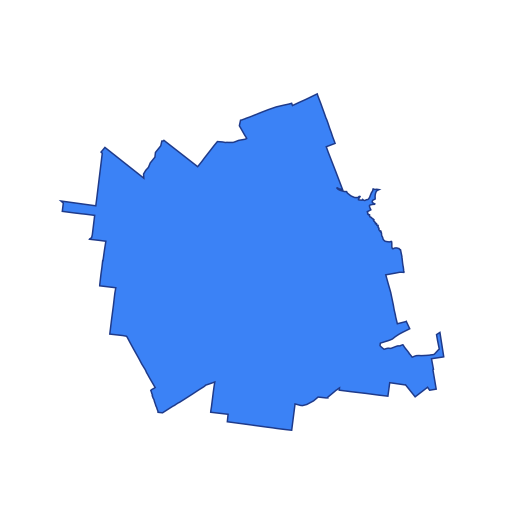 Stanesti, Giurgiu, Romania, rotated 9°
{"feature_id": "2599482B52121049044399", "entity_name": "Stanesti", "entity_type": "district", "adm_level": 2, "iso_a3": "ROU", "parent_name": "Romania", "parent_adm1": "Giurgiu", "projection": "orthographic", "projection_center": [25.879, 43.949], "detail": "fine", "context": "isolated", "style": "filled", "palette": "blue", "viewbox_px": 512, "rotation_deg": 9, "n_neighbors": 0, "source": "geoboundaries", "source_scale": "gbopen_adm2", "svg_char_len": 5985}
<svg xmlns="http://www.w3.org/2000/svg" viewBox="0 0 512 512"><g transform="rotate(9 256 256)"><path d="M318.5,422.5L317.7,396.0L323.5,396.6L325.3,396.5L329.4,394.7L335.5,390.1L339.4,385.6L347.6,385.2L349.1,384.9L349.0,384.7L349.0,384.4L349.0,384.2L354.8,377.6L356.1,376.0L356.6,375.7L358.2,374.0L359.1,373.2L359.2,375.5L368.8,375.2L369.8,375.2L386.3,374.5L399.1,374.2L408.2,373.8L407.9,360.2L423.3,360.0L423.5,360.0L423.8,359.8L435.2,370.2L446.0,358.8L448.5,361.4L454.8,359.3L448.6,340.9L448.6,340.3L449.0,340.1L448.4,338.5L445.4,330.0L456.8,326.4L457.2,326.2L456.3,323.4L449.6,302.7L446.6,305.4L448.5,311.0L451.6,319.3L451.3,319.6L450.7,320.3L447.6,325.0L447.1,325.4L445.8,325.9L444.2,326.3L442.9,326.8L439.5,327.6L434.7,328.6L432.5,328.8L430.1,329.3L428.8,329.9L426.1,331.5L423.3,328.9L422.6,328.5L422.5,328.1L422.2,327.8L421.1,326.7L417.6,323.5L416.4,322.3L415.5,321.2L415.0,320.7L414.9,320.7L413.0,321.7L412.4,322.2L410.5,322.5L409.6,322.8L408.5,323.4L407.6,323.9L404.0,326.0L402.9,326.3L401.7,326.3L400.9,326.4L399.5,326.9L397.3,328.0L397.1,328.1L396.6,327.8L395.8,327.4L393.7,326.1L392.8,325.4L392.4,324.8L392.4,324.6L392.5,323.8L392.4,323.0L392.5,322.6L401.4,318.1L403.6,316.7L404.1,316.2L405.9,314.2L407.7,312.5L409.6,310.8L410.9,309.8L413.3,308.0L419.2,303.8L414.6,297.0L414.3,297.3L413.9,297.5L406.2,300.8L403.4,294.1L402.9,292.5L400.9,287.6L399.3,282.9L394.7,270.8L392.8,266.7L390.7,262.2L387.1,254.3L396.6,251.0L400.4,249.6L402.9,249.2L404.4,249.1L404.4,248.9L404.7,248.6L404.5,248.4L404.0,247.3L404.0,246.7L403.2,243.9L402.8,242.9L402.0,240.4L400.6,235.3L400.3,234.6L400.2,233.7L398.9,230.3L397.9,227.6L397.8,227.3L397.6,227.1L397.1,227.2L396.8,227.1L396.2,226.3L396.0,226.2L394.8,226.2L394.0,226.0L393.1,226.1L391.8,226.4L391.1,226.8L390.7,227.2L390.1,227.4L389.7,227.4L389.5,227.2L389.2,226.8L388.7,225.7L388.3,223.1L388.1,222.1L387.8,220.9L387.6,220.5L387.2,220.4L387.0,220.6L386.2,221.0L385.6,221.2L384.2,221.3L382.3,221.3L381.2,221.2L380.9,221.1L379.3,220.0L378.8,219.3L378.1,217.7L377.4,216.8L377.1,216.4L376.7,215.3L376.4,213.9L375.8,212.7L375.5,212.0L375.2,211.7L374.9,211.8L374.9,212.3L373.2,210.7L373.1,210.4L373.2,209.9L373.1,209.4L373.0,209.2L372.4,208.9L372.1,208.5L371.9,207.0L371.8,206.7L371.6,206.6L371.1,206.9L370.9,206.9L370.6,206.7L370.4,206.4L370.3,206.1L370.2,205.7L370.0,205.2L369.8,205.1L369.6,205.2L369.3,205.5L369.1,205.5L369.1,205.3L369.0,204.8L368.6,204.7L368.4,204.5L368.4,204.4L368.4,204.1L367.2,203.2L366.9,203.1L366.8,202.6L366.4,202.2L366.5,202.1L366.8,201.8L366.1,201.2L365.1,200.8L364.7,200.5L364.2,200.3L364.0,200.0L363.6,199.9L363.4,199.7L362.4,199.5L362.2,199.3L362.1,198.9L361.8,198.5L361.8,198.3L361.8,197.7L361.7,197.5L361.4,197.5L361.0,197.7L360.6,197.7L360.3,197.5L360.2,197.0L359.7,196.9L359.6,196.0L359.5,195.8L359.3,195.6L359.3,195.2L359.1,195.0L359.0,194.8L361.2,193.2L362.2,192.4L360.9,190.5L360.5,189.7L360.2,188.8L360.2,188.6L360.2,188.3L360.6,187.9L361.6,187.4L363.2,186.8L365.0,186.4L365.2,186.0L364.9,185.9L363.8,185.5L362.7,185.0L362.3,184.5L362.2,184.1L362.4,183.3L362.8,182.5L363.4,182.0L364.6,181.3L364.7,181.2L364.7,180.4L364.3,178.6L364.2,177.3L364.2,176.1L364.3,175.2L364.4,174.5L364.6,173.8L364.9,173.1L365.2,172.6L365.8,172.1L367.1,171.2L364.7,171.2L363.9,171.5L362.2,171.7L361.4,171.4L361.1,171.5L361.1,172.8L361.0,173.4L360.1,175.5L359.5,178.0L359.1,180.1L358.2,182.2L357.6,182.7L356.1,183.2L355.4,183.8L354.9,184.1L354.5,184.2L353.7,184.1L353.4,184.0L352.6,183.5L352.4,183.4L352.3,183.6L352.2,184.2L352.0,184.3L349.4,184.5L348.4,184.4L348.3,184.0L348.4,183.6L349.4,181.2L349.5,181.0L349.4,180.9L349.0,180.9L348.6,181.0L347.9,181.9L347.5,182.2L347.1,182.4L345.2,182.7L344.2,182.8L340.7,181.9L340.1,181.6L339.1,181.1L338.7,180.9L338.3,180.6L337.3,180.1L336.4,179.5L336.0,179.1L335.4,178.2L335.1,178.3L332.9,178.5L329.0,178.0L328.1,177.8L327.3,177.5L326.3,177.1L325.4,176.4L325.3,176.2L325.7,175.9L326.8,176.4L327.7,176.7L328.2,176.7L331.1,176.8L321.6,160.2L315.4,149.6L310.8,141.7L308.3,137.1L316.5,132.4L315.4,130.4L313.0,126.2L310.9,122.1L308.8,118.4L306.4,113.7L304.6,110.4L303.4,108.6L301.7,105.4L296.1,95.2L292.0,88.1L291.1,86.3L280.5,93.7L274.5,97.6L268.5,101.7L267.3,99.6L264.7,100.8L259.5,102.8L252.6,105.6L248.3,107.9L245.5,109.4L239.1,113.1L227.9,119.8L224.5,121.6L224.0,122.0L220.2,124.1L219.5,124.3L219.2,129.9L219.3,130.1L225.7,138.1L228.4,141.2L228.3,141.4L227.6,142.0L226.9,142.4L220.8,144.5L216.7,146.9L215.6,147.4L211.3,148.1L209.4,148.3L208.1,148.7L205.1,148.6L200.0,149.0L197.5,153.2L194.2,159.2L189.6,167.5L187.7,171.2L184.4,176.9L147.0,156.2L146.8,156.6L146.3,156.9L145.0,157.2L144.7,162.1L140.5,169.4L140.7,174.2L137.0,180.6L135.9,185.3L133.7,188.6L132.1,192.6L133.0,196.7L89.8,172.4L86.7,177.6L88.1,178.6L89.7,223.9L89.9,231.5L54.8,232.2L57.4,233.9L57.7,242.2L69.5,241.9L74.2,241.7L77.1,241.6L80.4,241.4L90.3,241.1L90.7,251.9L91.0,260.6L90.9,261.9L90.8,263.1L90.7,263.5L89.9,264.5L89.0,265.2L88.9,265.5L98.3,265.1L105.4,264.9L105.4,274.1L105.6,284.5L105.3,284.5L105.3,284.8L105.6,291.6L105.7,297.8L106.1,307.1L106.2,309.2L106.3,309.9L119.3,309.4L122.5,309.3L122.4,314.9L122.9,327.1L123.3,342.1L123.8,356.0L136.9,355.4L140.5,355.5L140.9,355.7L141.9,356.9L145.2,361.3L149.5,366.9L156.3,375.5L160.1,380.6L164.5,385.7L166.3,388.5L167.1,389.4L169.4,392.4L172.0,395.6L177.0,401.7L175.9,402.7L174.2,404.0L173.4,404.8L173.1,405.2L174.0,406.8L174.7,408.3L175.5,409.5L175.3,409.7L175.3,409.9L175.5,410.5L175.9,411.1L176.6,412.4L177.4,413.4L177.7,413.8L178.3,415.3L179.1,416.8L179.9,418.3L180.5,419.6L181.6,421.2L182.2,422.5L183.3,424.4L183.5,425.0L183.7,425.7L188.2,425.5L197.2,417.5L199.0,416.2L200.3,414.9L202.5,413.0L202.9,412.8L203.6,412.3L204.1,411.8L206.5,409.7L214.5,402.6L220.3,397.3L224.7,393.5L225.8,392.4L226.4,391.5L227.7,390.8L230.2,389.5L235.0,386.9L235.0,388.8L235.0,391.1L235.1,396.5L235.6,411.9L235.6,412.3L235.6,416.2L235.7,417.4L253.2,416.7L253.6,424.2L293.4,423.3L299.3,423.1L303.5,423.1L312.2,422.8L318.5,422.5Z" fill="#3b82f6" stroke="#1e3a8a" stroke-width="1.5"/></g></svg>